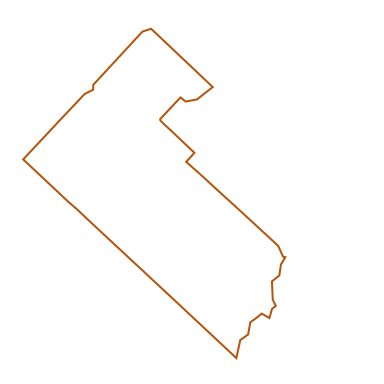 Orange, Florida, United States of America, rotated 43°
{"feature_id": "52423323B94983475607099", "entity_name": "Orange", "entity_type": "district", "adm_level": 2, "iso_a3": "USA", "parent_name": "United States of America", "parent_adm1": "Florida", "projection": "orthographic", "projection_center": [-81.268, 28.566], "detail": "fine", "context": "isolated", "style": "outline", "palette": "amber", "viewbox_px": 384, "rotation_deg": 43, "n_neighbors": 0, "source": "geoboundaries", "source_scale": "gbopen_adm2", "svg_char_len": 743}
<svg xmlns="http://www.w3.org/2000/svg" viewBox="0 0 384 384"><g transform="rotate(43 192 192)"><path d="M135.6,101.1L50.8,100.5L46.4,108.4L46.4,119.5L46.7,181.0L50.0,184.6L46.7,193.3L46.5,197.4L46.6,200.3L46.4,230.4L46.3,283.3L108.6,283.5L119.6,283.1L133.4,283.2L170.1,283.2L173.8,283.2L252.7,283.1L337.7,283.2L328.3,267.4L330.2,257.9L323.5,247.5L325.1,239.3L325.9,233.4L334.6,231.4L330.3,223.1L330.9,218.1L324.4,215.6L311.4,202.8L312.8,193.5L306.5,184.4L304.7,176.0L302.7,177.2L291.8,172.6L240.0,172.9L197.6,173.4L195.0,173.3L183.9,173.5L167.2,173.9L167.1,164.7L167.0,161.7L135.3,161.4L124.2,161.5L120.1,161.3L119.0,160.4L119.0,147.8L119.1,130.7L125.6,130.2L132.5,120.9L135.6,101.1Z" fill="none" stroke="#b45309" stroke-width="2"/></g></svg>